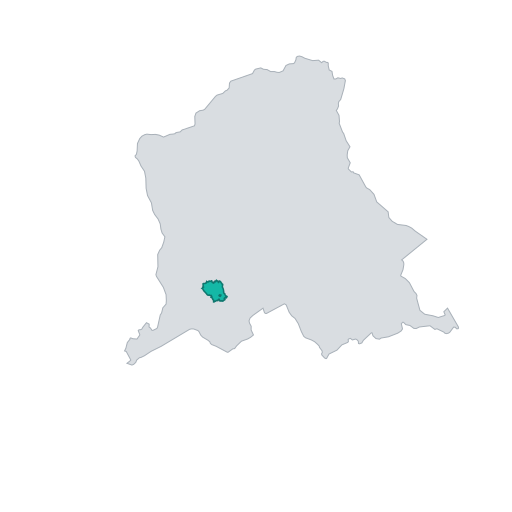 Bulungu, Bandundu, Democratic Republic of the Congo (highlighted), rotated 330°
{"feature_id": "63176286B11990771214401", "entity_name": "Bulungu", "entity_type": "district", "adm_level": 2, "iso_a3": "COD", "parent_name": "Democratic Republic of the Congo", "parent_adm1": "Bandundu", "projection": "mercator", "projection_center": [18.692, -4.697], "detail": "fine", "context": "in_parent", "style": "filled", "palette": "teal", "viewbox_px": 512, "rotation_deg": 330, "n_neighbors": 0, "source": "geoboundaries", "source_scale": "gbopen_adm2", "svg_char_len": 7970}
<svg xmlns="http://www.w3.org/2000/svg" viewBox="0 0 512 512"><g transform="rotate(330 256 256)"><path d="M412.4,327.0L380.2,332.2L380.8,334.0L380.5,335.9L379.7,337.4L376.4,341.4L371.6,345.1L371.5,346.0L374.0,350.2L375.5,355.8L375.1,365.8L375.8,368.5L375.7,370.6L374.0,372.9L370.8,385.0L373.0,390.8L379.4,396.3L383.1,400.4L389.4,401.8L390.4,401.6L390.8,398.2L395.8,396.9L395.8,418.5L395.4,419.7L394.5,420.0L393.3,419.3L392.9,417.3L391.6,416.4L385.5,419.0L383.9,419.0L382.2,418.5L381.0,417.4L380.6,415.8L376.3,409.5L374.2,409.0L371.8,403.4L362.1,399.2L358.4,398.9L356.5,397.6L354.6,393.2L351.4,390.3L350.6,387.2L350.0,386.7L348.0,387.3L346.4,392.4L344.2,393.5L340.2,393.7L330.3,392.2L323.3,389.6L321.4,389.8L318.6,387.5L317.4,383.6L318.1,380.6L317.5,380.2L306.8,382.7L304.2,384.2L301.7,383.8L301.0,383.0L302.0,381.0L301.5,378.7L300.7,377.7L297.5,376.9L296.5,374.5L294.6,374.2L293.9,374.5L293.4,376.1L292.3,376.7L285.9,375.9L279.1,378.0L270.2,377.4L265.9,380.0L265.3,379.9L264.4,378.6L263.5,374.5L264.0,373.4L265.3,372.6L265.8,371.0L265.3,366.8L265.7,365.8L265.2,363.4L263.9,359.5L262.0,356.4L258.0,351.6L257.2,349.4L257.5,344.1L258.8,335.8L258.6,329.6L257.0,325.6L256.6,321.3L257.7,313.5L256.7,311.6L236.3,311.0L235.4,310.4L235.0,309.3L236.0,304.7L223.6,305.9L219.8,306.8L217.5,308.7L216.8,311.0L216.7,314.4L214.8,317.6L214.3,323.1L210.8,323.7L207.4,323.7L200.8,322.5L194.3,324.1L191.2,325.5L189.5,324.8L183.7,325.4L183.0,325.0L176.3,314.2L173.4,310.6L172.8,308.9L173.1,307.2L172.3,305.0L169.2,299.5L168.6,296.9L168.8,292.9L168.4,291.5L165.6,288.1L163.8,286.9L161.8,286.3L128.5,286.8L117.5,286.1L109.5,286.6L105.4,286.3L104.3,285.8L100.6,286.5L98.7,288.0L95.8,288.7L94.0,288.4L90.6,284.4L95.3,283.7L95.6,283.3L95.9,273.8L94.7,272.5L97.2,270.8L101.3,266.6L105.2,265.1L105.7,264.3L106.6,264.3L108.0,266.1L111.4,268.4L115.7,266.4L116.1,265.8L116.7,261.7L117.7,261.4L119.5,262.2L120.6,262.2L122.4,261.1L127.8,259.0L129.4,261.6L127.9,264.0L128.6,265.7L128.7,268.3L129.6,268.9L133.9,269.2L135.1,268.5L143.6,259.2L145.8,258.1L149.4,254.3L154.1,252.7L156.1,249.7L158.8,244.5L160.1,236.9L159.6,223.9L160.0,222.1L165.7,216.3L171.6,205.6L175.5,202.8L178.5,201.7L183.1,197.8L186.7,193.8L186.2,189.1L187.1,185.2L189.1,180.3L189.7,175.0L189.0,169.4L189.3,164.9L192.0,157.7L192.3,149.4L194.7,142.4L199.5,133.5L201.8,126.9L201.4,120.4L202.0,115.6L201.8,112.8L200.9,110.3L201.3,108.8L203.2,108.2L205.5,105.7L209.6,99.3L214.0,96.2L217.1,95.2L220.3,95.3L222.4,95.9L225.8,98.4L229.7,100.4L232.6,102.9L235.4,106.8L242.3,107.6L245.3,109.0L247.1,109.6L247.7,109.2L249.2,109.4L252.4,110.6L255.0,109.9L267.8,112.5L269.2,111.2L272.8,104.5L275.5,102.2L279.8,102.0L283.2,103.3L285.0,103.3L300.7,97.5L302.8,97.2L308.5,98.6L312.1,97.7L313.7,98.0L316.8,97.0L319.5,93.0L321.6,92.0L344.2,96.3L347.6,94.2L349.2,94.0L354.2,95.5L355.8,98.0L358.8,100.1L360.9,103.6L364.3,105.6L366.0,107.4L367.9,108.7L372.0,109.2L377.2,106.0L380.9,106.3L384.6,108.1L385.9,108.0L388.6,106.1L390.1,104.2L391.5,103.8L393.7,104.6L395.5,106.5L397.1,109.1L402.7,115.1L408.1,117.7L409.5,121.4L411.5,121.0L412.5,121.4L413.9,123.7L414.9,124.2L415.0,125.1L413.7,127.3L412.4,131.5L414.1,134.1L412.7,137.8L412.0,141.7L413.7,142.6L416.0,142.6L418.1,144.6L419.7,144.9L421.4,147.0L421.1,148.8L415.7,155.1L407.6,162.8L404.9,163.7L403.5,165.2L402.5,167.4L400.1,169.3L398.3,170.1L398.2,175.7L395.5,181.4L394.4,182.6L392.9,192.0L393.2,193.6L391.7,201.3L392.0,208.4L388.1,210.7L385.4,214.2L384.2,216.6L384.2,222.4L379.8,226.0L379.5,226.8L380.6,230.9L382.2,231.6L382.2,232.9L385.9,237.3L385.6,250.9L385.8,252.3L387.7,255.5L389.0,261.6L387.6,269.5L392.5,283.8L390.3,289.1L391.3,294.1L394.3,299.4L401.2,304.6L403.0,306.8L404.8,309.7L406.4,314.2L412.4,327.0Z" fill="#d9dde1" stroke="#a8b0b8" stroke-width="1"/><path d="M193.1,257.2L193.3,257.5L193.5,258.2L193.5,258.3L193.3,258.8L193.4,259.0L193.5,259.5L193.5,259.8L193.4,260.0L193.5,260.4L193.5,260.6L193.5,260.8L193.6,261.0L193.7,261.4L193.8,261.8L193.9,262.0L194.0,262.4L194.0,262.5L194.2,263.7L194.3,263.8L194.3,264.0L194.3,264.4L194.3,264.6L194.3,264.9L194.4,265.0L194.6,265.4L194.7,265.8L195.1,266.2L196.0,266.3L196.2,266.5L196.2,266.9L196.3,267.0L196.6,267.1L196.8,267.3L197.0,267.6L197.3,267.7L197.4,267.8L197.5,267.8L197.5,268.0L197.5,268.4L197.4,268.9L197.4,269.0L196.9,269.0L196.6,269.0L196.4,269.1L196.3,269.3L196.5,269.5L196.8,269.6L196.9,269.9L197.0,270.2L197.0,270.3L197.1,270.5L197.1,270.9L196.9,271.2L196.9,271.3L196.9,271.6L196.9,271.8L196.9,272.0L197.0,272.1L196.9,272.2L196.9,272.4L196.9,272.5L197.0,272.9L197.0,273.0L197.2,273.3L197.2,273.5L196.9,273.8L196.8,274.0L196.6,274.1L196.5,274.3L196.4,274.4L196.3,274.5L196.5,274.8L197.2,274.8L197.4,274.8L197.7,274.7L198.0,274.7L198.2,274.8L198.3,274.9L198.5,274.9L199.1,274.8L199.3,274.8L199.7,274.9L199.7,275.0L199.9,275.1L200.1,275.3L200.3,275.4L200.5,275.3L200.7,275.2L200.9,275.2L201.1,275.2L201.3,275.0L201.5,274.9L201.9,274.8L202.2,274.8L202.3,274.9L202.3,275.1L202.5,275.2L202.5,275.4L202.4,275.5L202.4,275.4L202.2,275.5L202.3,275.6L202.3,275.9L202.1,275.9L202.0,276.0L202.0,276.3L201.9,276.5L202.1,276.7L202.4,276.7L202.5,276.9L202.6,277.2L202.9,277.3L203.1,277.4L203.3,277.4L203.5,277.3L203.8,277.6L203.9,277.9L203.9,278.0L204.1,278.1L204.7,278.5L204.8,278.5L204.8,278.3L204.8,278.2L205.0,278.1L205.4,278.3L205.8,278.3L206.4,278.3L206.6,278.3L206.8,278.2L207.0,278.3L207.2,278.1L207.4,278.1L207.5,278.0L207.6,277.8L207.3,277.6L207.2,277.3L207.3,277.1L207.2,277.0L207.3,276.9L207.6,276.8L207.7,276.7L207.8,276.8L208.4,276.8L208.7,276.8L208.8,276.6L209.0,276.6L209.2,276.9L209.3,277.1L209.4,277.3L209.5,277.4L209.7,277.2L209.6,276.9L210.2,276.8L210.6,276.8L210.6,276.5L210.5,276.1L210.4,276.0L210.3,275.9L210.2,275.9L210.1,275.7L209.9,275.7L209.8,275.3L209.9,275.0L209.8,274.4L209.8,274.2L209.8,273.9L209.9,273.5L210.0,273.3L210.1,273.0L209.7,272.6L209.6,272.3L209.6,272.2L209.7,271.9L209.7,271.6L209.9,271.4L209.9,271.2L210.0,271.1L210.1,270.7L210.2,270.4L210.4,270.3L210.4,270.1L210.6,269.8L211.0,268.7L211.1,268.3L211.2,267.8L211.2,267.4L211.3,267.2L211.3,266.7L211.3,266.2L211.5,265.9L211.7,265.4L211.9,265.2L212.1,265.1L212.3,264.7L212.5,264.5L212.7,264.4L212.6,264.2L212.6,263.9L212.8,263.7L212.7,263.6L212.6,263.4L212.6,263.2L212.6,262.9L212.7,262.7L212.6,262.3L212.5,262.1L212.4,261.9L212.4,261.7L212.5,261.6L212.5,260.9L212.5,260.7L212.4,260.4L212.3,260.2L212.2,260.0L212.1,259.6L211.9,259.4L211.7,259.3L211.4,259.5L210.8,260.0L210.6,260.0L210.3,260.2L210.2,260.1L210.3,259.9L210.4,259.7L210.5,259.6L210.6,259.4L210.4,258.7L210.1,258.5L210.1,258.4L210.0,258.1L209.9,257.9L209.7,257.7L209.7,257.4L209.6,257.2L208.7,257.8L208.6,257.7L208.3,257.4L208.2,257.3L208.0,257.6L207.9,257.9L207.8,258.0L207.6,257.9L207.3,257.9L207.1,257.8L207.1,257.6L206.8,257.7L206.6,257.6L206.4,257.5L206.2,257.7L206.0,258.1L205.9,258.3L205.7,258.3L205.6,258.1L205.5,257.8L205.4,257.6L205.2,257.5L205.0,257.3L205.0,257.2L204.9,257.0L204.9,256.8L204.9,256.6L205.0,256.3L205.3,255.9L205.3,255.7L205.2,255.3L205.1,255.2L204.3,255.2L204.1,255.2L203.9,255.2L203.7,255.0L203.7,254.9L203.3,254.6L203.0,254.3L202.9,254.2L202.7,254.2L202.4,254.6L202.0,254.7L201.8,254.6L201.6,254.5L201.4,254.4L201.0,254.0L200.9,254.0L200.7,253.8L200.6,253.7L200.5,253.4L200.4,253.5L200.3,254.1L200.2,254.2L199.7,254.2L199.4,254.2L199.3,254.5L199.2,254.5L198.9,254.5L198.7,254.5L198.3,254.3L198.0,254.2L197.4,253.9L197.1,253.7L196.8,253.6L196.6,253.6L196.3,253.6L196.2,253.6L196.0,253.9L195.9,254.3L195.8,254.7L195.7,254.8L195.5,255.1L195.4,255.2L195.4,255.4L195.3,255.5L195.1,255.7L195.1,255.8L195.1,256.3L195.1,256.7L195.0,256.8L194.9,256.8L194.3,256.5L194.2,256.4L194.0,256.5L193.8,256.8L193.6,257.2L193.6,257.3L193.3,257.3L193.2,257.2L193.1,257.2ZM204.6,273.0L204.4,272.7L204.3,272.4L204.2,272.1L204.1,271.8L204.2,271.7L204.4,271.6L204.8,271.5L205.1,271.4L205.2,271.6L205.3,271.6L205.5,271.7L205.6,271.8L205.6,272.0L205.8,272.2L206.0,272.3L205.8,272.6L205.7,272.6L205.3,272.9L204.9,273.1L204.6,273.0Z" fill="#14b8a6" stroke="#0f766e" stroke-width="1.5"/></g></svg>